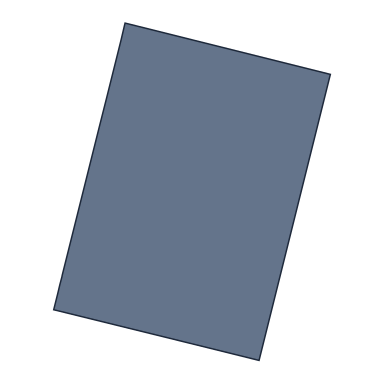 Emmet, Iowa, United States of America (Mercator projection), rotated 284°
{"feature_id": "52423323B99839165344534", "entity_name": "Emmet", "entity_type": "district", "adm_level": 2, "iso_a3": "USA", "parent_name": "United States of America", "parent_adm1": "Iowa", "projection": "mercator", "projection_center": [-94.714, 43.378], "detail": "fine", "context": "isolated", "style": "filled", "palette": "slate", "viewbox_px": 384, "rotation_deg": 284, "n_neighbors": 0, "source": "geoboundaries", "source_scale": "gbopen_adm2", "svg_char_len": 353}
<svg xmlns="http://www.w3.org/2000/svg" viewBox="0 0 384 384"><g transform="rotate(284 192 192)"><path d="M339.6,297.8L339.7,86.2L337.1,86.2L322.5,86.4L265.8,86.4L262.8,86.4L231.3,86.3L81.9,86.2L79.8,86.2L78.4,86.3L70.5,86.2L69.6,86.2L61.4,86.3L44.3,86.3L44.7,223.4L44.8,297.8L339.6,297.8Z" fill="#64748b" stroke="#1e293b" stroke-width="1.5"/></g></svg>